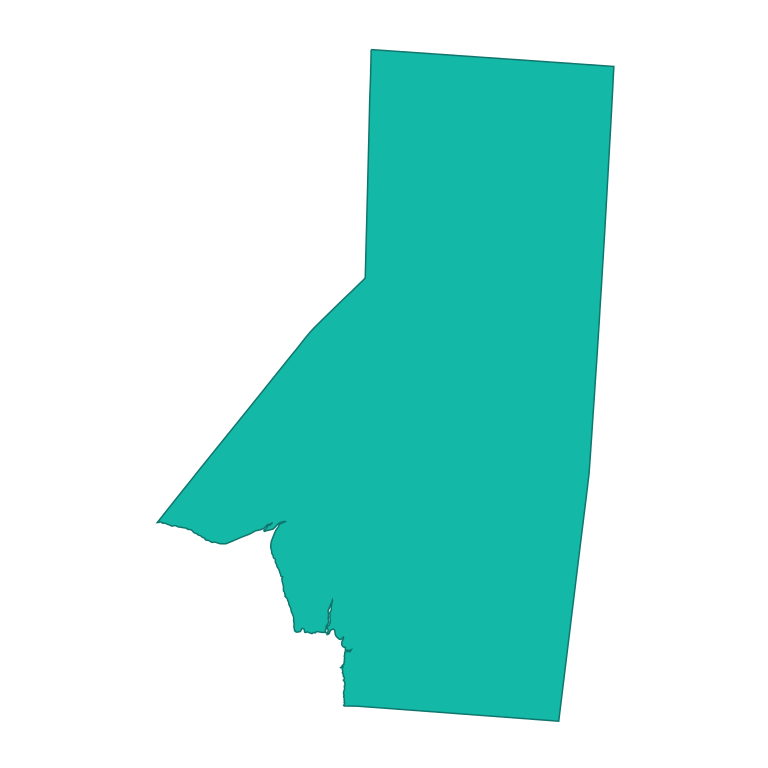 Manitoba, Albers equal-area conic projection, rotated 181°
{"feature_id": "CAN-630", "entity_name": "Manitoba", "entity_type": "Province", "adm_level": 1, "iso_a3": "CAN", "parent_name": "Canada", "parent_adm1": "", "projection": "albers", "projection_center": [-94.63, 54.496], "detail": "fine", "context": "isolated", "style": "filled", "palette": "teal", "viewbox_px": 768, "rotation_deg": 181, "n_neighbors": 0, "source": "natural_earth", "source_scale": "10m", "svg_char_len": 5990}
<svg xmlns="http://www.w3.org/2000/svg" viewBox="0 0 768 768"><g transform="rotate(181 384 384)"><path d="M402.0,718.1L159.7,705.5L160.1,694.7L160.5,682.0L161.9,643.6L162.4,630.9L162.9,618.1L163.4,605.3L164.9,566.9L165.4,554.1L165.9,541.3L167.0,515.7L167.6,502.9L168.1,490.1L169.3,464.5L169.8,451.7L171.0,426.1L171.6,413.3L172.9,387.7L173.5,374.9L174.8,349.3L175.4,336.5L176.7,310.8L177.4,298.0L179.6,276.4L181.9,254.7L184.2,233.1L186.5,211.4L200.6,76.8L202.0,63.4L202.7,56.7L203.4,49.9L404.8,61.4L418.2,61.4L418.7,62.0L418.3,62.6L417.8,63.7L417.7,64.5L418.3,64.8L418.0,65.7L417.9,66.0L418.0,66.2L418.2,66.6L418.3,66.8L418.2,68.3L418.9,71.0L418.5,72.2L419.0,73.5L419.1,74.0L419.0,74.7L418.8,75.9L418.7,76.4L418.6,76.8L418.2,77.8L418.1,78.2L418.4,81.2L418.3,81.7L418.0,81.9L417.6,82.2L417.7,82.9L418.1,84.2L418.0,84.6L418.1,84.9L418.2,85.4L418.5,86.0L418.7,86.3L419.0,86.4L419.3,86.7L419.5,87.2L418.8,87.5L418.6,88.2L418.6,89.0L418.5,89.7L418.7,90.2L418.9,90.4L419.1,90.4L419.4,90.7L419.6,91.1L419.6,91.3L419.6,91.6L419.7,92.1L419.5,92.6L419.5,93.1L419.8,93.4L420.0,93.5L420.2,93.8L420.4,94.2L420.6,94.5L420.3,95.0L420.2,95.4L420.4,97.0L420.5,97.2L420.6,97.4L420.7,97.8L420.8,98.6L420.7,99.1L420.5,99.6L420.1,100.3L420.6,100.6L421.2,100.3L421.8,99.7L422.3,99.5L422.5,99.6L422.2,99.9L421.7,100.2L421.6,100.3L421.1,101.2L420.8,101.5L420.3,101.5L420.5,102.1L420.5,102.3L419.4,102.8L419.1,103.2L419.3,104.0L419.0,104.7L418.8,105.0L418.6,105.2L418.9,105.5L419.0,105.9L418.9,106.3L418.6,106.8L418.8,107.2L418.9,107.7L418.8,108.8L418.6,109.0L418.5,109.3L418.4,109.7L418.5,110.0L418.9,110.6L419.0,110.9L419.0,111.3L418.7,112.3L418.6,112.9L418.5,115.0L418.4,115.4L416.9,116.1L414.9,115.8L413.1,115.8L412.1,117.8L413.0,117.3L417.7,116.9L418.1,117.2L418.1,117.4L418.0,118.3L418.0,118.7L418.0,119.0L418.1,119.4L418.0,119.9L419.3,120.1L420.5,120.7L421.4,121.9L421.8,123.9L421.7,125.1L421.4,125.9L420.7,127.6L420.3,128.1L420.2,128.2L420.1,128.5L420.3,128.9L420.3,129.2L420.1,130.0L419.8,130.9L421.8,128.6L422.8,127.8L424.1,128.0L426.0,129.5L427.1,130.6L427.9,131.7L428.4,133.0L428.9,136.3L429.4,137.4L430.6,138.1L431.7,137.7L433.8,136.2L433.8,135.8L433.7,135.6L433.6,135.4L434.0,134.9L434.4,133.9L434.7,133.3L435.1,133.0L436.1,132.5L436.6,132.5L436.5,132.9L436.3,133.3L436.0,133.6L435.7,133.7L436.0,134.3L435.9,135.0L435.7,135.8L435.5,136.8L435.7,137.6L436.1,138.1L436.4,138.5L436.6,139.0L436.5,139.8L436.1,140.6L435.7,141.2L434.8,141.8L434.4,142.7L433.8,144.5L433.4,146.3L434.1,149.5L433.7,151.8L434.1,153.8L434.1,154.5L433.8,155.4L432.9,156.7L432.7,157.8L432.7,158.1L432.8,159.1L432.9,159.7L432.8,160.5L432.5,161.8L432.4,163.4L431.8,166.0L431.6,166.8L431.8,167.3L432.5,164.7L433.1,163.3L433.7,162.7L433.7,162.4L434.2,160.3L434.5,159.9L434.8,159.6L435.0,159.3L434.8,158.6L435.7,157.2L435.9,156.6L435.9,156.1L435.8,154.5L435.7,154.1L435.5,153.6L435.6,149.8L435.7,148.6L435.7,148.0L435.5,147.4L435.4,146.9L435.3,146.1L435.3,145.3L435.4,144.7L435.9,143.4L437.4,141.1L437.9,139.8L437.7,139.2L437.6,138.2L437.8,137.3L438.2,137.0L438.5,136.6L438.2,135.7L437.7,134.8L437.4,134.1L438.4,134.6L439.3,134.7L441.2,134.5L446.6,135.3L447.1,135.2L447.4,135.0L448.0,134.2L448.5,133.9L449.0,134.0L449.4,134.3L449.8,134.4L450.3,134.2L451.2,133.4L451.6,133.2L452.5,133.3L456.1,134.7L456.7,134.8L457.4,134.3L458.5,134.2L458.8,134.3L459.2,135.3L459.3,136.5L459.5,137.5L460.4,137.9L460.9,138.0L461.3,138.2L461.6,138.2L462.0,137.7L462.8,135.9L463.1,135.4L463.8,134.9L466.6,134.4L467.3,134.4L468.0,134.8L468.6,135.7L469.1,135.7L469.2,136.8L469.8,139.4L469.9,140.0L469.7,140.8L469.7,141.9L469.9,144.3L470.0,144.8L470.3,145.8L470.3,146.5L470.2,148.0L470.2,148.6L470.4,149.5L471.2,151.7L472.7,154.8L473.1,157.0L473.4,158.1L473.8,159.1L475.0,161.3L475.3,162.3L475.4,163.6L475.7,164.5L476.6,166.0L476.6,166.6L477.1,167.8L477.4,168.2L477.7,168.6L478.6,169.2L479.0,169.6L479.3,170.2L478.8,170.7L478.9,171.2L479.2,171.6L479.6,172.3L479.8,173.8L480.0,174.4L480.3,174.7L480.9,175.3L481.0,176.8L481.0,180.0L482.4,185.1L482.8,187.8L481.9,189.4L482.4,189.6L483.3,189.8L483.7,190.1L483.9,190.7L484.2,192.1L484.9,193.7L485.8,196.6L487.6,199.3L487.9,200.0L488.1,201.0L489.6,204.3L489.6,204.9L489.5,206.2L489.6,206.8L489.9,207.1L490.9,207.8L491.3,208.1L491.5,208.5L491.7,209.1L491.8,209.7L492.0,210.9L492.4,211.3L492.7,211.8L493.1,212.4L493.3,213.3L493.6,216.0L494.3,218.0L494.4,219.2L494.3,221.7L494.0,224.0L493.5,225.8L490.9,232.9L489.3,236.4L487.1,239.3L486.4,241.1L485.9,242.0L485.4,242.5L484.1,242.8L481.5,244.2L480.2,244.6L481.0,245.0L485.3,243.7L486.9,242.8L491.2,238.1L492.7,236.9L499.5,235.1L500.7,234.5L501.1,234.6L501.5,235.2L501.4,235.7L500.9,236.1L500.5,236.3L499.7,236.7L497.7,240.1L497.3,240.4L496.7,240.7L495.6,240.9L495.0,241.2L494.1,242.3L493.6,242.6L493.6,243.0L495.2,242.1L497.8,241.4L498.6,240.8L501.4,237.6L505.0,236.1L509.8,235.0L516.0,231.5L524.9,227.9L533.6,223.9L539.3,221.5L545.0,221.4L550.4,223.0L553.0,222.6L553.8,222.8L556.1,224.3L557.0,224.6L558.7,224.7L559.6,225.0L560.3,225.7L560.6,226.9L562.8,227.4L564.6,229.0L567.7,230.1L568.0,230.8L570.9,231.8L571.4,232.1L573.8,234.5L574.7,235.0L577.6,235.2L579.2,236.4L587.5,237.6L589.6,238.6L590.6,238.8L593.4,238.2L594.3,238.5L596.1,239.4L597.7,239.8L600.3,241.0L603.0,241.0L603.6,241.3L604.1,241.8L604.8,242.3L605.4,242.4L605.9,241.9L606.4,241.7L608.3,241.5L599.9,252.5L592.4,262.3L584.8,272.2L577.2,282.0L566.4,296.1L555.5,310.1L544.6,324.1L533.5,338.3L523.6,351.0L513.6,363.9L503.6,376.8L493.6,389.8L487.9,397.1L482.3,404.4L476.6,411.7L470.8,419.0L466.9,424.2L463.0,429.3L459.0,434.3L454.8,439.0L446.6,447.4L438.3,455.8L430.0,464.2L421.6,472.6L419.7,474.4L417.8,476.2L416.0,478.1L414.1,480.0L412.1,482.1L410.0,484.1L407.9,486.2L405.9,488.3L404.6,489.8L404.6,493.1L404.4,516.5L404.2,540.0L403.8,587.0L403.4,640.8L403.3,658.7L403.3,665.3L403.2,671.8L403.1,676.2L403.0,680.6L402.9,685.9L402.8,692.8L402.8,695.4L402.8,695.6L402.8,699.0L402.7,704.3L402.7,711.1L402.7,716.9L402.6,717.6L402.3,717.9L402.0,718.1Z" fill="#14b8a6" stroke="#0f766e" stroke-width="1.5"/></g></svg>